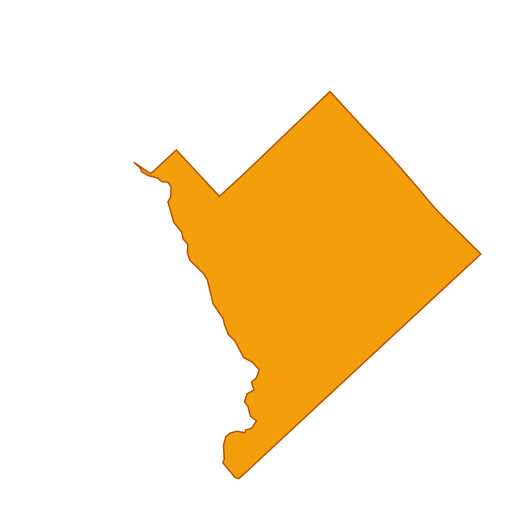 Twin Falls, Idaho, United States of America, rotated 227°
{"feature_id": "52423323B42064959468604", "entity_name": "Twin Falls", "entity_type": "district", "adm_level": 2, "iso_a3": "USA", "parent_name": "United States of America", "parent_adm1": "Idaho", "projection": "robinson", "projection_center": [-114.6, 42.456], "detail": "fine", "context": "isolated", "style": "filled", "palette": "amber", "viewbox_px": 512, "rotation_deg": 227, "n_neighbors": 0, "source": "geoboundaries", "source_scale": "gbopen_adm2", "svg_char_len": 946}
<svg xmlns="http://www.w3.org/2000/svg" viewBox="0 0 512 512"><g transform="rotate(227 256 256)"><path d="M104.8,91.8L104.7,143.5L104.4,311.7L104.1,421.7L105.9,421.7L140.4,420.3L144.8,420.3L151.7,419.8L164.8,419.5L172.0,419.6L197.2,420.9L233.1,422.2L262.4,422.2L271.4,421.9L325.9,422.3L324.3,301.2L324.6,269.9L387.9,270.0L387.9,239.0L388.5,234.9L407.9,230.6L399.6,231.4L395.6,229.8L388.5,231.9L380.1,237.2L374.6,237.8L370.0,242.0L364.2,240.9L357.5,234.1L355.6,228.5L336.5,218.8L324.0,217.9L318.2,214.3L310.7,214.0L305.5,208.2L298.3,204.8L279.1,205.6L271.8,204.2L250.3,192.1L232.1,189.1L227.8,186.4L217.4,182.2L208.5,182.7L190.0,177.7L180.7,180.9L170.6,180.9L166.6,173.1L166.9,166.6L159.4,163.2L161.3,155.5L157.3,148.2L151.7,147.6L142.6,142.7L135.1,144.0L133.0,135.2L135.8,129.9L134.3,127.3L140.8,122.6L144.1,116.3L144.5,110.8L139.5,102.9L129.0,94.2L127.4,90.7L108.3,89.7L104.8,91.8Z" fill="#f59e0b" stroke="#b45309" stroke-width="1.5"/></g></svg>